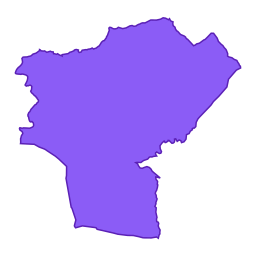 the district of San Melchor Betaza, Oaxaca, Mexico
{"feature_id": "50627088B57690214716715", "entity_name": "San Melchor Betaza", "entity_type": "district", "adm_level": 2, "iso_a3": "MEX", "parent_name": "Mexico", "parent_adm1": "Oaxaca", "projection": "orthographic", "projection_center": [-96.157, 17.242], "detail": "fine", "context": "isolated", "style": "filled", "palette": "violet", "viewbox_px": 256, "rotation_deg": 0, "n_neighbors": 0, "source": "geoboundaries", "source_scale": "gbopen_adm2", "svg_char_len": 4537}
<svg xmlns="http://www.w3.org/2000/svg" viewBox="0 0 256 256"><path d="M158.3,238.2L159.1,235.0L159.9,233.9L159.8,232.4L160.1,230.0L158.9,227.9L158.2,225.9L158.7,223.5L158.2,222.2L156.7,221.6L156.5,219.0L157.0,217.4L155.8,212.1L156.1,209.8L156.2,207.7L154.9,206.5L156.0,203.7L155.7,203.1L157.0,199.3L157.1,198.9L156.3,197.3L156.3,195.9L155.9,194.6L155.6,194.2L155.3,193.4L155.7,191.8L156.6,190.3L157.4,187.4L157.8,184.9L157.4,184.7L157.3,184.0L157.6,181.5L156.8,180.2L156.2,179.7L155.7,177.7L155.8,176.9L160.2,178.0L156.9,175.2L153.2,172.1L151.8,170.7L151.2,169.3L149.4,167.5L146.9,166.6L144.4,167.4L142.2,168.3L140.1,168.0L138.6,166.0L137.6,163.9L135.8,162.6L136.9,162.4L140.9,162.5L143.6,160.5L147.7,159.1L149.3,157.2L150.8,156.8L151.9,157.0L153.5,156.4L156.7,156.0L155.6,154.2L155.6,152.9L156.7,152.0L159.3,153.5L160.8,153.2L161.5,151.7L160.2,148.7L160.0,145.7L162.1,142.9L164.1,141.1L165.1,142.5L165.8,142.5L168.0,141.2L168.1,140.4L169.0,140.4L171.8,143.2L172.9,143.2L174.1,142.4L174.7,140.9L174.5,139.1L175.7,138.8L177.2,141.4L179.1,140.0L180.8,140.6L181.5,142.6L184.0,141.8L186.0,139.2L186.5,134.6L189.1,133.6L190.3,131.2L192.4,129.7L192.3,128.6L193.3,128.1L194.3,128.1L195.8,126.6L196.2,122.3L198.0,118.8L199.4,117.2L211.0,105.1L213.4,101.6L218.8,96.3L226.9,87.0L228.5,79.2L236.4,70.1L240.6,68.0L240.4,66.2L239.5,65.4L238.8,63.6L237.8,62.3L236.9,60.5L236.3,60.2L234.2,59.4L231.9,57.7L229.1,57.0L227.6,56.2L227.7,53.7L226.6,50.8L226.0,49.5L224.2,47.6L222.8,45.5L221.3,44.4L218.3,41.3L218.1,40.5L217.1,38.0L213.6,33.3L211.2,33.2L207.4,37.2L205.2,39.4L203.7,40.0L202.8,40.7L199.4,43.2L196.6,43.9L195.3,45.0L193.6,45.7L187.5,39.2L186.6,38.8L185.5,37.3L185.5,37.0L184.2,36.0L180.8,34.6L180.1,34.0L179.5,33.4L178.7,32.4L177.5,31.2L176.7,30.9L175.4,28.8L175.0,27.2L173.2,25.7L172.8,23.7L173.0,21.8L171.3,21.3L170.3,20.3L169.5,18.7L168.5,19.7L165.6,18.2L163.1,17.8L160.5,19.2L156.4,20.1L150.8,20.0L145.1,22.9L142.3,22.9L140.9,23.4L139.7,24.1L138.5,24.4L137.0,25.2L136.0,26.0L133.9,26.3L132.1,25.5L129.9,25.9L126.1,27.9L122.7,28.6L120.3,27.9L118.3,27.3L117.1,28.4L115.0,28.9L113.2,28.7L111.0,27.5L109.7,27.3L109.0,27.9L108.9,28.5L109.3,30.3L108.2,33.2L107.5,35.3L106.5,36.8L106.4,37.8L105.8,38.4L104.3,40.6L103.3,40.7L101.5,42.2L100.2,44.4L99.0,46.1L98.4,46.3L96.0,48.2L95.4,48.3L93.6,49.0L92.1,48.0L91.4,48.5L89.8,49.0L88.1,49.2L87.0,49.8L86.0,49.6L82.2,50.2L81.1,52.0L80.1,52.3L79.2,52.5L78.2,51.2L78.4,50.0L77.7,49.8L76.3,49.5L75.2,49.7L74.3,50.1L74.2,50.6L72.7,51.3L71.3,51.9L69.9,52.2L68.2,53.6L62.3,54.6L61.8,55.0L62.0,55.8L61.7,55.6L61.2,55.7L59.1,54.8L57.6,53.7L56.6,54.3L54.3,53.7L53.5,53.7L53.2,51.9L51.6,51.8L50.3,51.2L46.8,52.3L44.6,50.9L43.5,51.1L40.9,50.8L40.4,50.0L39.6,49.6L39.6,49.9L39.0,51.1L38.1,51.6L37.5,52.2L36.6,52.7L36.0,53.2L35.2,53.4L33.0,54.1L32.3,54.7L31.8,55.2L30.9,55.9L29.9,56.2L28.7,56.4L27.2,56.9L25.0,57.0L23.3,57.1L22.8,57.3L22.5,57.6L22.3,58.0L21.9,58.6L22.1,59.2L22.3,60.3L22.5,61.5L22.5,62.4L22.1,63.5L21.7,64.2L20.8,65.3L19.5,66.6L18.4,67.4L17.7,68.2L16.9,69.2L16.3,70.2L15.6,72.0L15.4,72.6L15.4,73.1L15.6,73.5L16.6,73.9L18.3,74.1L19.2,74.1L20.1,74.3L21.3,74.3L21.9,74.0L23.6,74.3L25.7,74.9L26.4,75.3L26.8,75.7L27.3,75.9L27.5,76.1L27.7,76.5L27.7,78.1L27.6,78.9L27.2,80.6L26.7,81.7L26.1,83.0L25.6,83.9L25.3,84.5L25.1,85.0L25.7,85.7L26.1,85.9L26.6,86.1L27.2,85.7L28.2,85.8L30.0,85.1L31.1,85.6L31.8,86.5L31.7,87.6L31.6,88.8L31.4,89.9L31.1,90.5L30.7,91.1L30.9,91.7L31.7,92.9L32.7,93.7L33.8,94.9L34.5,95.7L35.7,96.3L36.3,97.5L36.8,97.7L37.1,98.5L38.3,100.0L38.5,101.0L38.1,102.1L36.8,103.1L36.3,104.2L34.9,104.9L31.7,108.6L31.1,109.2L30.6,110.1L30.1,111.2L29.7,111.8L29.0,112.4L28.7,112.8L27.9,114.8L28.0,116.2L28.6,117.1L28.9,118.8L29.1,119.7L29.4,120.4L29.6,121.0L30.2,121.7L30.6,121.9L31.2,121.9L31.9,121.5L32.7,122.3L33.2,122.8L33.4,123.5L33.6,124.7L33.6,125.6L33.2,126.4L32.6,127.0L31.0,127.7L29.8,128.2L27.7,128.1L26.0,128.0L23.4,127.9L22.5,128.2L21.7,128.2L20.6,127.8L20.2,128.0L19.7,127.9L19.5,128.4L19.5,128.8L19.9,130.0L20.5,130.4L21.4,131.1L22.0,131.4L22.3,132.0L22.6,132.8L22.8,133.2L22.6,133.9L22.3,134.4L21.7,135.2L21.4,135.8L20.9,137.9L20.8,138.1L20.6,138.6L20.6,139.6L20.7,141.6L20.7,142.5L20.5,143.6L34.3,144.3L39.1,147.0L44.6,149.1L55.4,156.2L58.9,159.1L66.6,166.4L66.5,175.6L66.0,178.3L71.2,207.3L72.0,208.3L75.8,219.8L75.7,220.6L74.9,223.6L74.4,225.6L74.6,226.5L75.6,227.8L82.4,225.9L95.4,227.6L96.0,227.7L97.1,229.3L113.3,233.0L117.8,234.2L127.6,235.4L133.3,235.5L138.9,236.7L143.1,237.8L151.3,237.9L156.6,237.0L158.3,238.2Z" fill="#8b5cf6" stroke="#5b21b6" stroke-width="1.5"/></svg>